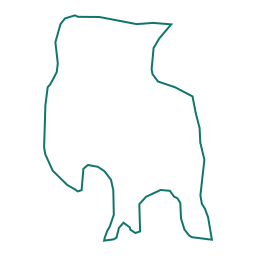 Samayac, Suchitepéquez, Guatemala
{"feature_id": "79465075B7655458484390", "entity_name": "Samayac", "entity_type": "district", "adm_level": 2, "iso_a3": "GTM", "parent_name": "Guatemala", "parent_adm1": "Suchitepéquez", "projection": "natural_earth1", "projection_center": [-91.468, 14.571], "detail": "fine", "context": "isolated", "style": "outline", "palette": "teal", "viewbox_px": 256, "rotation_deg": 0, "n_neighbors": 0, "source": "geoboundaries", "source_scale": "gbopen_adm2", "svg_char_len": 946}
<svg xmlns="http://www.w3.org/2000/svg" viewBox="0 0 256 256"><path d="M104.1,240.6L113.4,239.4L116.5,237.7L118.9,228.0L123.5,222.7L129.8,227.4L130.4,229.7L135.4,233.0L140.1,231.4L139.3,204.2L146.0,196.8L160.5,190.0L169.9,190.8L174.1,196.7L177.2,198.1L180.3,202.8L181.0,218.4L184.4,229.4L188.9,235.3L191.9,237.2L211.9,239.7L208.1,217.3L204.9,208.6L201.9,204.0L200.4,195.4L204.4,159.7L200.3,142.7L199.6,128.0L195.8,113.3L192.5,96.4L175.1,87.3L158.0,81.5L152.5,74.1L151.6,69.3L153.6,48.0L159.1,38.7L161.7,35.6L163.6,33.3L171.2,24.4L153.4,22.9L136.5,24.1L99.4,17.0L78.0,16.8L74.9,15.4L65.0,18.4L60.5,24.1L55.4,42.2L57.8,63.5L56.7,72.2L52.2,80.8L50.0,84.6L47.7,87.2L45.4,105.3L44.1,147.3L45.2,154.0L52.7,170.7L67.4,185.1L75.5,189.7L77.7,191.4L81.6,190.2L83.4,168.8L87.9,165.0L97.9,166.8L104.3,171.1L107.7,175.4L111.0,179.9L113.3,190.2L113.8,214.7L109.8,226.5L107.1,231.2L104.8,237.5L104.1,240.6Z" fill="none" stroke="#0f766e" stroke-width="2"/></svg>